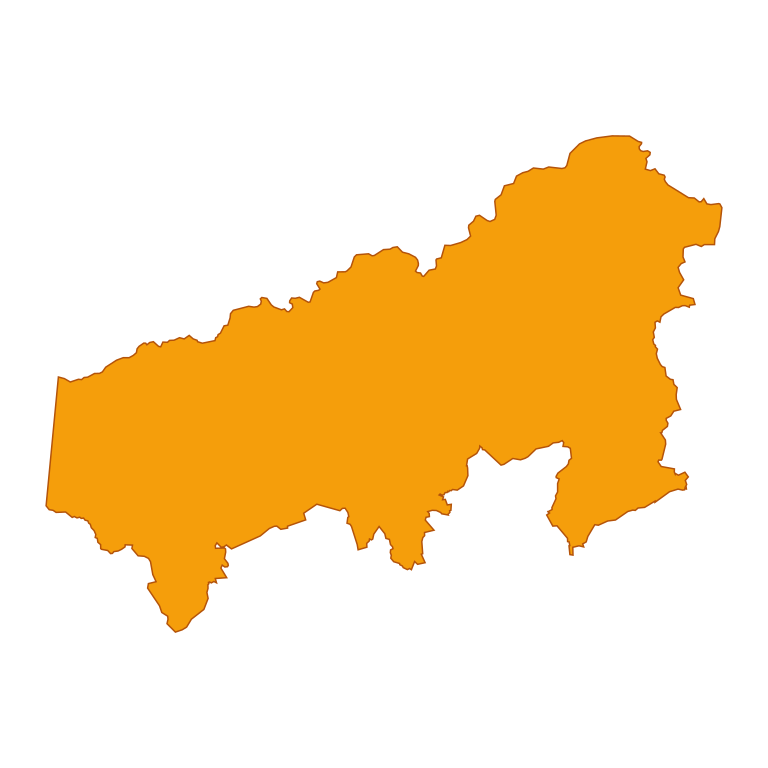 the district of Tecozautla, Hidalgo, Mexico
{"feature_id": "50627088B66071883870348", "entity_name": "Tecozautla", "entity_type": "district", "adm_level": 2, "iso_a3": "MEX", "parent_name": "Mexico", "parent_adm1": "Hidalgo", "projection": "natural_earth1", "projection_center": [-99.632, 20.54], "detail": "fine", "context": "isolated", "style": "filled", "palette": "amber", "viewbox_px": 768, "rotation_deg": 0, "n_neighbors": 0, "source": "geoboundaries", "source_scale": "gbopen_adm2", "svg_char_len": 6090}
<svg xmlns="http://www.w3.org/2000/svg" viewBox="0 0 768 768"><path d="M688.3,476.9L684.9,472.2L678.4,475.2L675.4,473.5L675.2,474.1L674.3,471.9L674.4,468.9L661.2,466.5L658.0,461.8L658.7,460.1L661.4,460.1L662.0,459.2L665.7,444.1L665.4,440.0L660.6,432.8L661.9,432.6L662.4,430.4L667.4,426.4L667.9,423.2L666.2,420.3L666.2,418.4L670.8,415.9L673.8,411.2L680.6,409.5L676.4,399.4L676.2,394.6L677.2,387.6L673.9,384.4L673.0,379.7L670.4,379.3L666.1,376.0L664.9,367.5L662.2,366.6L660.4,364.5L657.3,358.3L656.3,353.7L657.5,349.1L655.3,346.8L655.5,345.4L653.8,344.0L652.7,339.7L654.3,337.4L653.3,332.0L655.4,327.9L655.0,322.3L657.3,320.9L659.9,322.2L661.0,316.8L663.9,314.0L675.3,307.4L678.5,307.5L682.4,305.7L685.2,305.6L689.3,307.2L689.6,305.2L695.0,304.5L693.3,298.6L680.7,295.1L678.1,287.7L683.7,279.8L679.6,272.5L678.1,267.4L681.2,263.6L685.0,261.9L683.0,257.0L683.3,249.0L684.5,247.3L696.0,244.3L701.3,246.5L704.3,244.6L714.5,244.6L714.8,238.8L718.5,231.4L719.8,226.6L721.9,207.7L719.9,204.0L718.8,203.6L710.9,204.6L706.9,203.9L703.8,198.6L701.2,201.7L699.1,201.9L694.3,198.0L688.5,197.7L668.0,185.0L665.3,181.6L664.3,179.2L665.1,177.0L664.2,175.2L658.8,173.8L655.0,168.8L650.4,170.6L645.3,169.1L647.0,161.8L645.9,158.4L649.9,154.8L650.2,152.4L647.6,150.8L643.1,151.5L640.7,150.7L639.3,148.9L639.1,146.7L641.5,143.7L641.6,142.4L638.1,141.4L629.6,136.1L612.1,135.9L596.7,137.9L585.6,140.9L579.5,143.9L570.0,153.4L566.8,165.5L565.0,167.8L561.9,168.5L548.7,167.0L543.3,169.1L533.4,168.0L528.1,171.3L522.8,172.7L516.5,176.1L513.6,183.5L504.4,185.8L501.1,194.8L495.3,199.4L494.8,201.4L496.2,215.2L494.7,219.4L490.0,221.5L487.1,220.5L479.5,215.3L475.9,216.2L473.5,221.2L468.8,225.2L468.5,227.8L470.6,236.1L467.0,239.6L460.6,242.6L450.6,245.5L444.9,245.3L441.3,257.8L436.6,259.0L436.0,260.0L436.5,266.0L435.3,269.0L429.1,270.2L423.7,276.4L422.3,276.1L420.5,273.0L417.0,272.5L415.5,271.1L418.3,265.6L418.4,263.5L417.6,260.1L415.5,257.3L408.8,253.8L402.5,252.2L397.3,246.8L392.9,247.5L390.0,249.2L383.5,249.6L374.3,255.5L372.1,255.8L368.6,253.8L356.5,254.8L354.3,257.0L351.0,267.0L347.0,270.9L345.3,271.8L337.7,271.9L336.4,277.6L328.0,282.3L323.7,282.9L319.7,281.1L317.3,281.7L316.7,283.7L320.0,289.1L318.6,290.3L314.8,291.0L313.4,292.4L310.1,301.9L308.3,302.3L299.4,297.3L295.3,298.3L291.6,298.0L289.7,300.9L289.6,302.7L292.3,304.1L292.8,307.6L289.0,311.7L286.8,311.5L284.5,308.9L281.4,309.8L273.9,307.0L271.3,304.9L266.9,298.4L261.8,297.5L260.3,298.9L261.3,301.1L260.7,304.1L257.4,306.6L254.0,307.1L248.7,306.3L233.3,310.3L230.5,313.7L230.1,317.9L227.8,325.2L224.1,325.8L220.4,333.2L218.1,334.6L217.6,336.7L215.7,337.7L215.0,340.6L202.3,343.2L197.6,341.7L197.1,340.3L193.2,338.9L189.2,335.4L184.2,338.9L179.5,337.7L174.1,340.2L169.5,340.4L167.5,342.3L162.9,342.1L160.7,346.8L158.6,346.4L153.4,341.7L149.7,342.5L146.9,344.8L145.7,343.2L143.8,343.1L139.1,346.3L137.1,348.8L136.4,352.7L133.3,355.4L129.1,357.7L123.2,357.7L116.5,360.2L105.7,367.2L102.4,371.9L99.5,373.4L94.5,373.5L87.6,377.2L84.1,377.5L81.6,379.6L78.4,379.3L70.3,382.0L64.4,378.6L58.4,377.0L46.1,505.8L49.2,509.7L53.0,510.3L56.1,512.4L65.6,512.0L72.2,517.4L74.3,516.5L77.0,517.9L79.8,517.2L81.2,518.4L83.6,518.1L85.1,520.2L87.8,520.8L88.7,523.1L90.3,524.3L91.3,527.7L94.1,530.6L95.8,534.5L95.2,537.5L97.3,538.4L97.9,542.3L100.6,544.6L100.7,548.6L101.5,549.3L107.7,550.5L110.6,553.6L112.4,553.4L113.9,551.6L118.1,551.0L121.6,549.3L125.0,546.9L125.2,544.8L132.5,545.1L131.9,548.5L138.1,555.8L144.3,556.3L148.5,558.4L150.5,561.7L152.8,574.6L156.1,581.7L148.4,583.6L147.6,588.1L159.5,605.8L161.8,612.5L167.7,616.2L168.0,619.2L167.0,623.7L175.4,632.1L182.2,629.8L186.6,627.1L191.4,619.2L203.9,609.4L208.1,598.4L206.9,592.4L208.0,588.4L207.9,584.7L208.9,583.7L208.5,582.4L209.7,582.0L211.3,582.9L213.9,581.5L216.5,582.8L215.3,578.5L226.7,577.7L220.9,568.1L222.2,565.1L224.8,567.0L227.5,566.7L228.3,565.3L227.9,563.3L224.4,558.7L225.7,552.1L225.5,548.9L224.5,548.0L215.6,548.3L215.2,545.7L216.9,542.9L221.3,547.3L223.9,546.8L226.4,545.0L231.5,548.9L260.3,535.9L269.3,528.5L274.3,526.3L276.8,526.1L280.8,529.3L287.6,528.1L287.5,526.2L305.7,519.9L303.7,513.2L316.8,504.2L339.9,510.7L342.4,508.4L345.1,508.2L347.9,512.5L348.8,516.7L347.8,517.4L347.0,523.2L350.1,524.3L351.5,526.5L357.2,544.5L358.1,549.8L366.9,547.2L366.7,543.4L369.2,541.0L369.5,539.0L371.4,539.9L372.7,539.1L373.8,534.1L379.1,526.5L384.8,533.7L385.9,538.4L389.4,539.4L390.5,544.6L392.5,546.7L393.0,548.7L390.6,549.9L390.3,552.6L391.3,555.2L390.8,558.2L393.7,561.7L399.6,563.5L399.8,564.7L402.4,566.0L403.2,567.6L407.4,569.6L409.5,568.5L411.4,569.7L414.6,561.5L417.6,564.3L425.1,562.7L421.3,554.2L422.7,553.7L421.8,541.6L422.8,537.6L424.6,535.7L424.5,532.5L434.0,530.2L425.3,520.1L426.0,517.3L429.4,516.6L429.2,513.4L427.7,511.6L432.2,510.3L436.4,510.5L440.7,512.5L441.7,513.8L448.2,515.0L447.9,514.4L449.9,512.4L449.6,510.7L450.9,510.3L451.3,504.3L447.3,504.9L445.3,499.4L442.6,499.7L443.5,496.9L439.1,495.0L440.1,494.0L442.0,495.1L443.9,494.8L445.1,492.6L447.1,492.5L447.8,491.3L448.7,491.8L449.7,490.5L451.2,490.7L452.5,489.5L457.3,490.1L463.5,485.9L467.9,475.7L467.6,468.1L467.2,465.8L466.5,465.8L467.6,459.0L476.7,453.4L479.6,448.3L479.8,446.0L482.1,447.9L482.5,449.6L484.7,449.9L501.0,465.1L504.0,464.3L512.8,458.5L520.5,459.8L525.1,458.3L528.0,456.7L536.1,448.9L548.5,446.3L553.2,442.9L558.7,442.3L562.2,440.6L563.7,442.5L563.0,446.4L567.7,446.8L570.3,448.3L571.5,458.3L569.0,460.3L568.3,464.0L566.3,466.6L557.9,473.1L556.1,476.4L556.2,477.6L559.2,479.0L557.6,483.5L557.6,492.0L555.5,495.9L556.0,498.7L551.9,507.6L552.1,509.5L548.1,511.7L547.3,511.3L549.5,513.0L546.7,515.0L552.8,526.1L557.0,525.8L567.5,538.3L567.6,541.6L569.1,541.9L569.8,545.6L569.0,545.8L569.9,554.6L573.0,555.1L572.8,547.3L579.0,545.8L583.7,546.9L582.7,543.9L586.2,541.9L587.8,536.5L594.8,524.7L598.4,525.2L607.7,521.0L615.5,520.0L627.8,511.5L632.8,510.1L635.3,510.4L638.1,508.0L644.6,507.4L655.0,501.1L655.0,502.3L669.6,491.7L678.0,489.1L682.6,490.1L684.6,489.8L684.9,488.7L686.4,489.0L686.1,486.8L685.4,486.9L686.7,484.5L685.3,480.4L688.3,476.9Z" fill="#f59e0b" stroke="#b45309" stroke-width="1.5"/></svg>